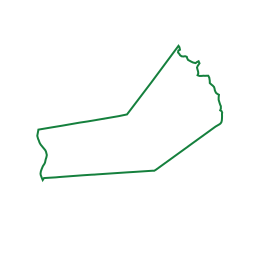 outline of Milagres do Maranhão, Maranhão, Brazil, rotated 135°
{"feature_id": "56859067B37055437356595", "entity_name": "Milagres do Maranhão", "entity_type": "district", "adm_level": 2, "iso_a3": "BRA", "parent_name": "Brazil", "parent_adm1": "Maranhão", "projection": "robinson", "projection_center": [-42.846, -3.51], "detail": "fine", "context": "isolated", "style": "outline", "palette": "green", "viewbox_px": 256, "rotation_deg": 135, "n_neighbors": 0, "source": "geoboundaries", "source_scale": "gbopen_adm2", "svg_char_len": 1316}
<svg xmlns="http://www.w3.org/2000/svg" viewBox="0 0 256 256"><g transform="rotate(135 128 128)"><path d="M34.2,150.4L79.5,143.7L119.1,138.3L126.4,143.1L151.8,161.1L158.4,166.0L173.2,176.4L182.1,182.8L192.5,190.2L197.7,186.6L199.2,184.0L199.9,182.2L200.9,180.2L201.5,178.0L202.2,170.8L202.7,169.3L204.5,166.3L206.4,165.0L208.4,164.0L211.0,162.3L212.3,161.8L215.2,161.2L218.3,159.9L220.2,159.0L222.0,157.7L222.9,156.6L224.3,153.5L225.1,151.5L222.8,152.0L213.9,144.1L211.0,141.7L193.6,126.7L186.4,120.4L184.6,118.7L182.8,117.2L160.5,97.7L154.4,92.3L140.7,80.3L139.6,79.2L137.5,78.7L108.9,74.1L105.2,73.5L92.5,71.5L65.1,67.1L60.5,65.9L59.2,65.8L57.8,66.1L56.3,67.0L54.8,68.3L53.2,69.8L51.6,71.5L50.5,72.3L49.9,73.9L50.3,75.3L48.7,76.0L46.9,77.8L46.4,79.2L45.6,80.8L44.0,83.8L42.2,85.6L40.2,87.2L40.7,88.9L40.9,90.5L40.5,91.9L39.9,93.3L39.0,94.6L38.2,96.1L38.1,98.0L38.3,99.6L38.4,101.9L36.7,103.7L34.9,106.2L34.3,108.2L35.4,109.3L36.6,110.4L37.8,111.7L39.5,113.1L40.7,114.3L41.5,116.1L39.6,117.0L38.5,118.4L37.5,120.2L36.5,121.9L34.9,122.6L33.3,122.9L31.7,123.2L30.9,125.3L32.8,125.9L34.3,126.1L35.7,128.3L36.4,130.3L37.4,133.7L36.9,135.3L36.1,136.8L36.9,138.4L38.2,139.3L39.4,140.8L39.7,142.6L39.3,144.3L39.2,146.0L37.6,147.2L35.9,146.6L34.5,148.8L34.2,150.4Z" fill="none" stroke="#15803d" stroke-width="2"/></g></svg>